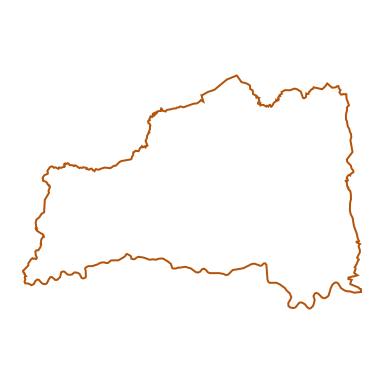 the district of Huetamo, Michoacán, Mexico
{"feature_id": "50627088B12818336981253", "entity_name": "Huetamo", "entity_type": "district", "adm_level": 2, "iso_a3": "MEX", "parent_name": "Mexico", "parent_adm1": "Michoacán", "projection": "mercator", "projection_center": [-101.141, 18.66], "detail": "fine", "context": "isolated", "style": "outline", "palette": "amber", "viewbox_px": 384, "rotation_deg": 0, "n_neighbors": 0, "source": "geoboundaries", "source_scale": "gbopen_adm2", "svg_char_len": 5902}
<svg xmlns="http://www.w3.org/2000/svg" viewBox="0 0 384 384"><path d="M361.0,292.0L360.9,289.1L359.2,288.5L358.7,287.6L350.3,284.1L350.7,282.0L351.7,279.9L348.3,278.9L348.6,277.4L350.0,277.4L352.4,276.4L353.9,276.4L357.5,275.3L354.4,273.2L354.2,272.2L354.7,271.7L355.6,268.6L355.2,267.2L354.8,267.0L355.7,266.0L355.9,264.9L356.6,264.3L357.7,261.3L358.8,259.6L357.1,257.6L359.8,252.5L359.9,250.3L358.6,246.3L359.1,244.9L360.0,244.0L356.6,242.3L356.7,241.7L357.4,241.9L359.0,241.1L357.8,238.6L356.7,233.5L353.9,225.9L352.7,218.1L350.7,214.2L349.9,210.5L350.0,204.8L350.3,201.6L351.0,199.4L350.8,193.6L350.1,190.7L349.4,190.3L348.5,188.8L348.5,187.8L348.1,187.3L347.9,187.8L347.3,186.4L346.7,182.2L345.7,180.8L346.1,180.5L347.4,180.9L347.8,180.4L347.6,179.4L346.7,177.9L347.7,175.9L349.2,174.8L350.2,175.4L350.3,174.7L351.4,173.4L353.1,172.5L353.5,171.9L353.0,170.1L351.7,168.8L350.8,165.5L347.3,161.9L346.8,159.5L352.5,152.0L350.5,140.7L350.5,139.6L351.3,137.6L351.0,134.0L349.7,131.3L349.4,129.3L347.7,126.1L346.9,121.1L346.0,119.6L345.9,114.7L347.1,110.0L346.9,108.1L347.2,107.1L349.0,105.2L346.5,98.7L346.4,94.5L345.7,94.0L345.3,94.4L343.2,94.0L342.7,94.5L340.9,94.5L339.4,92.4L340.5,90.1L340.0,89.8L338.7,87.7L338.4,86.1L336.7,86.4L336.1,87.1L334.8,87.5L332.1,87.7L327.2,83.5L325.2,86.4L322.2,89.2L313.6,87.3L313.0,88.8L310.9,89.7L310.4,90.8L308.9,92.1L308.6,93.8L307.9,94.1L306.3,93.5L305.9,97.2L304.0,98.3L303.0,97.9L300.8,91.7L297.2,89.3L294.4,88.6L289.9,90.3L285.0,90.1L281.6,92.0L281.8,93.9L280.0,94.7L279.3,95.7L280.0,95.9L280.1,96.2L279.3,96.4L278.2,97.5L278.3,98.6L278.8,99.1L278.4,100.2L277.4,99.9L277.0,100.6L276.2,99.9L276.0,101.2L273.6,103.0L272.8,105.0L271.4,106.7L270.8,106.6L270.6,105.5L270.0,104.8L268.6,105.6L268.3,106.5L267.0,105.8L266.3,106.6L263.5,105.0L261.6,104.8L260.5,105.4L260.3,103.5L259.4,104.3L258.0,103.6L258.1,102.5L259.4,101.4L258.6,98.3L259.1,97.9L258.1,97.4L256.4,97.7L256.2,96.8L256.8,96.3L256.6,95.8L253.1,94.1L252.8,90.9L252.4,90.2L250.2,89.0L250.0,85.7L248.6,84.5L246.1,83.3L241.5,82.1L236.8,75.5L226.9,79.5L214.4,89.8L207.8,92.0L202.4,95.1L201.5,95.2L203.3,101.6L200.9,100.1L199.2,101.9L197.0,103.4L194.3,103.6L192.1,104.2L183.5,107.3L180.1,106.4L178.7,107.5L176.8,107.6L175.9,108.4L172.9,108.6L170.6,109.4L168.1,109.6L166.4,110.3L165.6,111.5L162.7,110.7L161.7,108.7L161.1,108.5L160.8,111.0L158.6,111.1L156.8,111.8L157.1,112.7L156.2,113.5L154.9,112.7L154.3,112.9L153.9,114.0L154.9,114.3L155.0,114.6L154.2,115.7L153.8,115.7L153.6,114.7L152.8,114.2L152.6,116.7L152.1,117.0L150.6,116.3L150.2,116.9L150.4,117.4L149.4,118.9L149.8,120.2L148.5,120.6L148.0,121.4L148.5,122.4L148.5,123.2L149.7,123.9L150.4,125.5L149.9,126.2L150.0,129.0L148.8,132.2L149.2,132.6L148.4,133.1L148.4,133.8L147.2,135.4L146.8,138.4L145.6,140.7L147.4,145.6L145.5,146.1L145.9,146.8L145.6,147.4L144.9,146.9L144.0,147.2L142.2,146.2L142.1,147.3L140.6,147.3L138.6,151.2L135.3,150.8L134.1,152.1L133.3,152.3L133.1,155.1L131.9,156.9L131.6,158.7L130.7,159.4L121.2,161.1L119.4,162.1L115.8,165.7L113.9,165.8L110.3,168.2L104.5,167.6L100.1,169.0L99.4,169.5L98.2,169.7L95.9,169.1L94.5,171.1L94.0,170.4L93.0,170.4L91.7,168.6L90.3,168.9L89.0,169.7L87.7,169.1L86.6,169.1L86.6,167.9L83.0,167.3L82.2,167.9L80.3,167.6L79.4,168.1L75.9,165.6L74.6,165.4L74.3,166.0L73.7,166.1L72.5,165.2L69.7,165.1L68.4,163.4L67.5,163.2L66.8,163.9L65.9,164.0L65.0,163.4L64.5,163.7L64.0,164.9L64.6,165.4L64.8,166.3L64.2,167.0L63.5,166.9L61.0,167.9L59.1,167.4L58.4,168.8L55.6,167.4L53.9,167.7L53.8,167.3L51.6,166.3L49.9,167.2L47.3,171.0L47.9,172.4L47.7,173.8L44.4,175.2L42.6,177.7L43.1,179.3L42.8,180.0L43.1,180.7L46.0,181.8L47.2,183.0L47.3,183.9L49.1,185.2L48.7,185.7L50.0,186.8L48.5,191.0L49.0,192.8L44.8,199.9L44.1,212.3L41.6,213.8L39.3,217.3L36.4,219.6L35.6,223.1L36.1,224.7L36.1,227.4L36.8,228.0L35.7,228.5L36.1,229.6L37.0,229.9L37.0,230.8L41.0,233.4L42.5,234.0L43.2,234.9L43.2,235.7L43.6,235.7L43.9,237.0L42.5,237.6L41.3,239.6L40.7,243.7L41.1,243.8L41.2,244.4L40.4,247.1L38.3,250.3L36.5,250.3L35.4,251.4L35.8,255.4L36.7,257.0L36.7,258.4L36.0,259.1L34.5,258.5L33.2,258.8L32.4,258.2L31.2,259.2L28.3,263.4L28.3,265.5L23.0,270.9L23.2,272.0L24.2,272.6L24.3,274.0L24.8,274.1L24.9,274.9L26.0,276.2L25.0,276.5L24.7,277.5L25.3,279.2L24.5,281.8L25.2,283.3L28.4,283.6L31.5,285.2L33.8,284.1L35.4,281.0L37.1,279.6L38.8,279.8L41.5,282.8L43.0,283.9L44.2,284.1L45.7,284.0L47.0,283.1L48.8,279.3L50.3,277.2L51.6,277.0L52.6,277.5L55.0,279.8L57.1,279.9L60.1,277.1L61.2,272.2L63.2,271.4L64.6,271.8L67.3,274.4L69.3,274.8L71.8,274.6L74.4,272.4L77.7,272.8L79.6,274.0L81.6,277.9L82.9,278.4L84.0,278.3L85.3,277.7L85.9,276.4L85.7,271.0L85.1,268.4L86.2,267.2L88.4,266.1L92.3,266.1L97.8,264.3L100.2,262.8L104.1,262.3L105.9,263.0L108.1,262.9L111.1,260.4L118.4,260.3L124.2,256.9L125.3,256.0L125.9,254.6L127.0,254.0L129.8,255.4L131.0,256.4L131.4,258.7L133.2,259.2L134.6,259.1L137.4,257.2L138.7,256.8L143.7,257.6L149.5,259.7L153.1,259.3L156.1,259.7L158.7,258.7L162.9,258.5L167.7,261.4L170.9,263.9L172.2,268.0L173.3,268.5L175.6,268.6L178.4,267.5L179.7,267.7L185.2,266.8L190.8,268.4L195.9,272.2L198.2,272.5L199.9,271.8L202.4,269.0L204.0,268.7L205.7,269.7L207.9,272.3L209.7,273.1L219.1,273.1L223.4,273.9L225.9,275.0L227.3,274.9L228.5,274.3L232.6,270.1L243.4,268.2L251.8,264.0L254.6,263.7L260.5,265.8L261.9,265.4L263.5,263.6L265.1,263.3L266.4,264.8L267.5,279.6L268.2,281.6L269.6,282.8L276.5,282.8L279.8,284.4L284.7,287.9L286.9,290.8L289.7,293.3L291.3,297.0L290.7,298.9L288.3,303.1L288.4,305.9L290.1,307.4L293.0,308.1L295.5,307.4L299.0,303.0L300.5,302.4L302.2,302.7L305.1,304.4L307.2,307.2L308.7,308.4L309.8,308.5L311.0,308.0L312.9,306.1L313.7,304.2L314.7,300.1L313.5,296.1L314.9,293.4L316.5,293.0L318.2,293.6L322.2,297.6L324.2,298.3L325.2,298.0L327.5,296.7L328.7,295.3L330.7,288.3L332.3,284.9L334.0,283.2L335.7,282.4L337.1,282.7L338.1,283.4L341.1,288.2L344.6,290.5L347.2,291.3L350.2,291.4L354.3,292.7L361.0,292.0Z" fill="none" stroke="#b45309" stroke-width="2"/></svg>